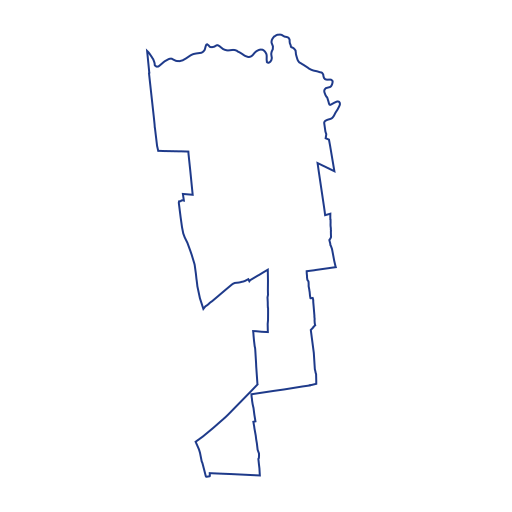 Frumusita, Galati, Romania, rotated 266°
{"feature_id": "2599482B14808563602686", "entity_name": "Frumusita", "entity_type": "district", "adm_level": 2, "iso_a3": "ROU", "parent_name": "Romania", "parent_adm1": "Galati", "projection": "natural_earth1", "projection_center": [28.083, 45.663], "detail": "fine", "context": "isolated", "style": "outline", "palette": "blue", "viewbox_px": 512, "rotation_deg": 266, "n_neighbors": 0, "source": "geoboundaries", "source_scale": "gbopen_adm2", "svg_char_len": 6081}
<svg xmlns="http://www.w3.org/2000/svg" viewBox="0 0 512 512"><g transform="rotate(266 256 256)"><path d="M229.9,195.4L217.8,197.1L206.9,199.8L209.3,202.0L210.4,204.0L211.4,205.4L212.3,206.4L213.0,207.4L214.0,209.1L218.6,215.4L219.8,217.0L224.5,223.4L229.2,229.9L230.0,231.3L230.6,233.0L230.7,236.8L230.9,238.5L231.3,240.4L231.3,241.0L231.8,243.0L233.4,246.7L231.3,247.6L232.3,248.5L236.3,256.4L236.9,257.8L238.9,261.6L241.5,266.8L230.2,266.2L221.5,265.5L217.5,265.3L216.6,265.3L213.9,264.6L209.0,264.5L205.8,264.3L204.5,264.3L204.2,264.2L203.3,264.4L198.6,264.1L191.0,263.5L187.4,262.9L179.3,262.5L180.0,256.5L181.0,250.7L181.3,247.9L179.0,248.0L176.8,248.0L171.9,248.1L165.8,248.4L164.9,248.6L163.5,248.7L161.3,248.7L149.2,248.6L145.4,248.5L128.1,248.5L127.8,248.6L121.2,241.3L99.6,217.0L97.5,214.5L87.6,201.5L79.7,190.5L74.9,182.8L67.1,185.6L63.6,186.4L54.9,187.5L53.2,188.1L45.7,189.5L40.1,190.5L39.5,190.7L39.3,191.0L39.2,191.4L39.3,192.2L39.5,194.3L39.8,194.6L42.6,194.7L41.5,204.2L40.1,216.9L36.8,244.5L43.9,244.6L48.0,244.4L53.4,244.2L53.9,244.5L54.3,244.8L56.8,245.1L58.8,245.2L62.6,244.1L69.0,243.8L73.0,243.4L76.9,243.2L84.2,242.4L85.9,242.3L90.8,241.8L91.1,243.9L97.7,243.3L104.6,242.9L106.4,242.6L108.5,242.3L112.0,242.0L113.5,242.0L115.9,241.8L117.3,241.8L118.4,241.8L120.2,264.4L120.9,274.7L122.6,293.2L123.1,300.7L123.4,300.7L123.5,302.6L124.3,307.2L127.2,307.4L133.9,307.7L135.6,307.3L136.7,307.2L139.0,306.8L155.3,306.9L178.4,305.5L180.9,308.3L181.2,308.3L182.8,310.2L183.0,310.1L184.1,310.0L184.9,309.9L186.6,309.9L187.4,309.9L188.3,310.0L189.4,310.1L191.3,310.0L192.1,310.1L200.6,310.0L206.0,309.9L207.8,310.0L209.0,309.9L210.2,309.6L210.0,307.6L210.1,307.4L212.5,307.1L216.7,307.0L217.1,306.9L218.8,306.8L222.2,306.4L222.7,306.4L223.1,306.5L226.2,306.6L227.1,306.5L228.6,305.6L231.1,305.4L232.5,305.5L235.2,305.4L237.3,305.5L237.7,313.0L237.9,314.8L238.8,327.6L239.0,330.2L239.1,331.5L239.3,334.8L240.1,334.6L245.7,333.7L254.4,332.7L256.9,332.4L258.1,332.2L260.5,331.5L261.1,331.3L261.6,331.0L263.4,330.9L266.6,330.3L266.9,330.3L267.8,331.1L268.9,331.8L269.5,332.1L270.1,332.2L271.2,332.2L273.3,332.3L275.3,332.4L275.8,332.6L276.6,332.5L277.2,332.5L278.5,332.6L280.3,332.5L281.3,332.5L283.0,332.6L283.6,332.7L287.1,332.9L287.3,332.7L287.5,332.7L288.4,332.8L289.4,332.8L293.0,333.1L291.9,327.8L295.7,327.6L300.0,327.3L336.0,324.5L344.4,323.9L335.1,340.1L360.8,337.6L367.0,336.9L368.6,333.7L371.6,334.4L372.7,334.6L374.1,334.2L375.5,333.9L383.9,333.3L384.5,333.4L385.1,333.7L385.7,334.2L386.1,334.8L386.7,336.2L387.1,337.6L387.5,339.6L387.9,340.8L388.3,341.5L388.8,342.1L389.7,342.9L390.6,343.6L393.6,345.4L396.5,347.6L398.8,349.0L400.2,349.8L401.1,350.2L401.9,350.3L402.7,350.3L403.2,350.1L403.9,349.7L404.2,349.3L404.4,348.6L404.5,347.9L404.2,346.8L403.4,344.7L402.0,341.7L401.6,340.7L401.7,340.2L401.9,339.9L402.3,339.7L403.1,339.4L404.3,339.2L405.7,338.9L407.4,338.5L408.7,338.2L409.5,337.9L409.7,337.6L409.9,337.4L410.5,337.1L411.8,336.5L413.1,336.1L414.5,335.7L415.3,335.6L415.9,335.6L416.7,335.8L417.4,336.2L418.4,337.2L418.6,337.5L419.4,341.6L419.6,342.0L419.8,342.3L420.1,342.7L420.8,343.2L421.8,343.8L423.2,344.3L424.0,344.5L424.5,344.6L425.1,344.6L425.5,344.3L425.9,344.0L426.5,343.4L426.8,342.5L426.9,340.1L427.0,338.9L427.4,337.6L427.6,337.4L427.8,337.0L428.3,336.7L429.0,336.2L430.9,335.8L432.4,335.7L433.6,335.0L434.1,334.7L434.5,334.1L434.8,332.8L435.3,331.5L435.8,330.3L436.2,329.1L436.7,327.2L437.1,326.0L437.9,324.2L439.2,322.0L440.2,320.9L441.8,318.8L442.6,317.7L443.4,316.7L444.0,315.7L444.8,314.7L446.2,312.6L447.8,311.6L449.0,311.1L451.6,310.5L453.5,310.1L454.9,309.9L456.3,309.9L457.6,309.8L458.2,309.8L459.3,309.1L460.3,308.3L460.8,307.8L461.5,306.7L461.6,306.2L461.9,305.7L462.6,305.4L463.8,305.3L465.9,304.6L467.7,304.5L469.1,304.6L469.7,304.5L470.9,304.0L471.4,303.6L471.8,303.1L472.3,302.0L472.6,300.9L472.9,299.7L473.6,298.7L474.3,297.6L474.7,297.2L474.9,296.6L475.2,295.4L475.2,292.8L475.0,292.1L474.5,291.0L473.8,289.9L473.7,289.4L472.6,288.4L471.6,287.6L471.1,287.3L470.2,286.8L469.0,286.5L468.4,286.4L467.8,286.4L467.3,286.5L464.0,287.5L461.2,287.2L458.8,285.9L457.1,285.4L455.9,285.3L453.5,285.5L452.9,285.6L452.0,285.5L451.3,285.3L450.2,284.9L448.9,283.9L448.6,283.5L447.9,282.2L447.9,281.7L448.3,280.8L448.7,280.4L449.2,280.4L451.0,280.3L453.4,280.5L454.6,280.6L455.7,280.6L456.9,280.4L458.4,279.7L459.4,279.1L460.2,278.4L460.9,277.6L461.4,276.7L461.5,275.7L461.6,274.6L461.3,273.1L460.5,271.2L460.0,270.3L459.3,269.4L458.6,268.6L456.7,266.8L456.0,265.9L455.5,265.0L455.3,264.5L455.0,263.0L455.1,262.0L455.3,261.5L456.3,259.2L457.2,257.9L458.2,256.7L459.1,255.5L460.3,253.8L461.3,252.0L462.1,251.2L462.7,249.8L462.9,249.3L463.1,248.3L463.2,247.1L463.0,242.8L463.1,241.6L463.5,240.4L463.9,239.2L464.8,237.5L466.1,236.1L467.0,235.1L467.9,234.2L468.9,232.6L469.0,232.0L468.9,231.4L468.2,229.8L467.8,229.3L467.6,228.1L467.4,226.9L467.6,225.1L467.9,224.5L469.4,223.4L470.6,222.0L470.4,221.4L470.0,221.0L468.2,220.2L467.5,220.0L466.3,219.6L465.1,219.1L464.7,218.7L463.8,217.9L463.1,216.9L462.6,215.8L462.5,215.2L462.2,210.5L461.9,208.1L461.6,206.9L461.1,205.6L460.6,204.5L459.9,203.3L458.0,200.0L456.9,197.7L456.3,196.5L456.1,195.3L455.7,193.5L456.0,190.9L456.3,189.7L457.6,187.4L458.3,186.3L458.7,185.7L458.8,184.4L458.8,183.9L458.5,182.6L456.6,178.5L455.5,176.9L455.1,176.4L454.0,174.9L453.2,173.8L452.4,172.7L451.8,171.6L451.8,170.7L451.9,169.9L452.3,169.4L453.2,168.4L453.9,168.3L454.7,168.3L455.3,168.3L456.7,168.0L459.4,167.2L460.6,166.5L461.8,165.9L465.4,163.8L466.6,163.0L467.1,162.6L468.1,161.7L447.1,162.3L446.1,162.4L445.8,162.0L400.6,163.8L394.2,164.0L391.2,164.0L390.9,164.1L372.7,165.0L367.7,165.8L367.6,167.3L367.2,170.7L365.9,185.2L365.7,188.0L365.4,190.9L364.9,195.8L362.2,195.8L345.2,196.4L321.5,197.1L323.0,187.4L316.3,187.9L316.7,186.4L316.6,185.5L315.9,184.6L315.9,183.1L314.5,182.7L300.0,183.5L289.9,184.2L283.6,185.0L279.5,186.2L273.9,188.5L265.9,190.8L261.8,191.9L252.6,194.0L251.4,194.2L242.5,194.8L237.1,195.0L236.0,195.1L232.4,195.3L229.9,195.4Z" fill="none" stroke="#1e3a8a" stroke-width="2"/></g></svg>